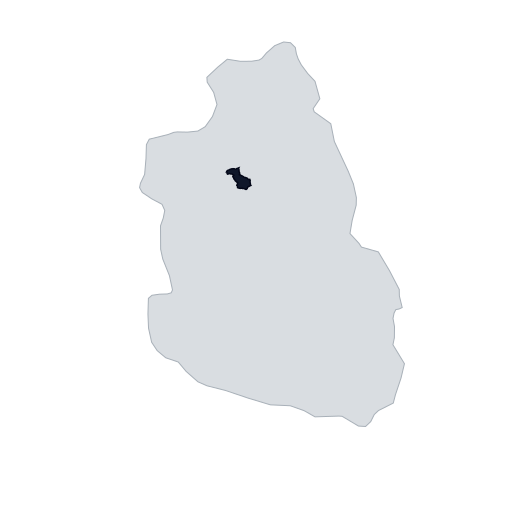 Jaray, Lhuntshi, Bhutan (highlighted), rotated 252°
{"feature_id": "84629894B50145764455889", "entity_name": "Jaray", "entity_type": "district", "adm_level": 2, "iso_a3": "BTN", "parent_name": "Bhutan", "parent_adm1": "Lhuntshi", "projection": "equal_earth", "projection_center": [91.09, 27.454], "detail": "fine", "context": "in_parent", "style": "filled", "palette": "ink", "viewbox_px": 512, "rotation_deg": 252, "n_neighbors": 0, "source": "geoboundaries", "source_scale": "gbopen_adm2", "svg_char_len": 4913}
<svg xmlns="http://www.w3.org/2000/svg" viewBox="0 0 512 512"><g transform="rotate(252 256 256)"><path d="M399.0,216.1L398.3,219.6L395.0,229.1L392.8,239.3L394.7,247.7L402.1,257.7L412.1,265.7L424.7,266.3L436.4,263.3L441.1,264.5L447.4,277.9L452.0,289.5L445.9,301.5L442.6,312.0L441.4,319.4L442.1,322.6L445.9,328.7L450.3,338.9L451.0,348.4L448.2,354.7L442.2,357.8L435.8,356.9L430.5,357.0L423.9,358.1L413.5,361.6L403.9,366.1L385.8,365.3L378.5,355.9L375.1,355.9L358.7,368.0L340.7,365.9L308.1,369.9L294.5,370.9L280.5,369.5L273.4,367.0L260.2,358.5L248.3,352.3L236.1,357.9L231.9,359.0L222.1,373.6L200.9,378.4L179.9,381.9L173.7,380.0L161.8,379.1L161.4,375.7L161.8,372.4L159.1,369.7L154.3,367.0L146.0,365.9L135.4,362.3L129.3,358.8L107.7,363.9L95.1,356.2L80.9,345.7L73.7,341.1L71.2,324.8L68.7,319.5L63.1,314.0L60.0,307.5L62.6,300.9L76.9,288.4L78.1,285.5L84.8,262.4L94.0,254.0L103.0,242.3L110.0,223.7L123.2,204.7L137.7,185.2L147.7,169.3L154.3,161.9L167.8,153.9L179.2,149.3L187.1,138.7L196.5,132.8L206.2,130.1L220.6,131.5L234.2,135.3L249.0,140.6L250.8,144.9L249.5,152.4L247.3,160.0L247.2,164.0L249.5,166.1L264.1,167.6L281.9,166.4L291.9,167.4L314.2,174.5L320.7,179.5L327.5,183.3L334.2,182.6L342.6,174.5L351.5,167.5L357.0,166.4L360.9,168.6L368.0,175.3L382.7,181.5L395.8,186.2L400.1,190.6L398.7,209.7L399.0,216.1Z" fill="#d9dde1" stroke="#a8b0b8" stroke-width="1"/><path d="M345.5,254.3L345.4,254.3L345.3,254.2L345.3,254.3L345.2,254.3L344.9,254.3L344.7,254.3L344.5,254.2L344.4,254.2L344.2,254.2L343.9,254.1L343.7,254.1L343.3,254.0L343.1,254.1L342.8,254.2L342.7,254.2L342.6,254.3L342.5,254.5L342.6,254.8L342.6,255.0L342.7,255.3L342.7,255.5L342.6,255.8L342.6,256.0L342.5,256.3L342.4,256.5L342.3,256.8L342.0,257.1L341.9,257.2L341.8,257.4L341.7,257.5L341.7,257.8L341.6,258.0L341.3,258.5L341.2,258.7L341.1,258.8L340.9,258.9L340.8,259.0L340.7,259.1L340.4,259.2L340.3,259.3L340.2,259.4L340.0,259.6L339.9,259.8L339.7,259.9L339.6,259.7L339.4,259.4L339.3,259.1L339.2,259.0L339.1,258.9L338.9,258.6L338.6,258.5L338.4,258.6L338.2,258.6L337.9,258.7L337.7,258.7L337.5,258.8L337.3,258.9L337.1,259.0L336.9,259.0L336.7,258.9L336.4,258.8L336.1,258.9L335.9,259.0L335.7,259.0L335.4,259.2L335.3,259.3L335.1,259.3L334.9,259.3L334.7,259.4L334.4,259.5L334.2,259.6L333.8,259.6L333.7,259.6L333.3,260.0L333.0,260.1L332.9,260.3L332.7,260.4L332.5,260.5L332.3,260.5L332.1,260.6L332.0,260.8L331.9,261.0L331.7,261.2L331.6,261.3L331.4,261.3L331.2,261.2L330.9,260.9L330.6,260.7L330.4,260.7L330.1,260.7L329.9,260.7L329.7,260.4L329.7,260.2L329.5,259.9L329.4,259.8L329.4,259.7L329.2,259.6L329.0,259.9L328.9,259.9L328.5,259.8L328.4,259.8L328.2,259.9L327.9,259.9L327.7,259.9L327.4,259.8L327.2,259.8L327.1,259.7L326.7,259.6L326.3,260.1L325.7,260.9L325.5,261.3L325.2,261.8L325.1,262.2L325.0,262.8L324.7,263.7L324.5,263.9L324.5,264.1L324.4,264.1L324.4,264.3L324.3,264.5L324.2,264.9L324.1,265.0L323.8,265.4L323.7,265.6L323.5,265.8L323.4,265.9L323.2,266.1L323.1,266.3L322.8,266.5L322.6,266.7L322.5,266.9L322.6,267.0L322.5,267.3L322.4,267.4L322.4,267.5L322.5,267.8L322.7,268.1L322.8,268.3L322.9,268.5L323.0,268.6L323.3,268.7L323.5,268.9L323.7,269.0L323.8,269.1L323.9,269.3L324.0,269.4L324.0,269.5L324.2,269.8L324.3,269.9L324.3,270.1L324.4,270.3L324.3,270.5L324.3,270.8L324.4,271.0L324.5,271.4L324.5,271.5L324.6,271.9L324.6,272.1L324.7,272.3L324.7,272.6L324.7,272.8L324.9,272.7L325.1,272.7L325.6,272.9L325.9,272.9L326.4,272.9L327.0,273.1L327.5,273.1L328.2,273.2L329.0,273.5L329.5,273.8L330.0,273.8L330.4,273.8L330.8,273.8L330.9,273.5L331.0,273.0L331.1,272.6L331.3,272.5L331.3,272.3L331.4,272.2L331.5,272.1L331.8,271.9L331.9,271.7L332.0,271.7L332.3,271.7L332.4,271.8L332.5,271.8L332.7,271.7L332.8,271.4L333.0,271.3L333.2,271.2L333.3,270.9L333.4,270.7L333.5,270.6L333.6,270.4L333.8,270.2L334.0,270.1L334.1,269.9L334.2,269.7L334.3,269.3L334.4,269.2L334.5,269.1L334.7,268.9L334.9,268.8L335.0,268.7L335.3,268.6L335.5,268.4L335.6,268.2L335.8,268.1L336.1,267.9L336.3,267.7L336.5,267.5L336.5,267.4L336.7,267.2L336.8,267.1L337.0,266.9L337.2,266.7L337.3,266.6L337.5,266.5L337.6,266.4L337.7,266.2L337.9,266.2L338.0,266.1L338.1,265.8L338.2,265.7L338.3,265.5L338.4,265.4L338.5,265.3L338.9,265.6L339.2,265.8L339.8,266.1L340.2,266.1L340.5,266.1L340.8,266.1L341.1,266.0L341.7,266.0L342.2,266.2L342.7,266.3L343.2,266.5L343.6,266.5L343.8,266.5L344.3,266.5L344.6,266.6L344.8,266.6L345.0,266.7L345.2,266.9L345.2,266.5L345.2,266.3L345.1,265.9L345.0,265.7L345.0,265.4L345.1,265.1L345.1,264.8L345.1,264.6L344.9,264.4L344.9,264.1L344.9,263.6L344.9,263.2L344.9,262.9L345.0,262.7L345.3,262.6L345.5,262.5L345.7,262.3L345.8,261.9L345.9,261.6L346.1,261.3L346.2,261.0L346.2,260.7L346.2,260.4L346.1,260.2L346.2,259.9L346.4,259.7L346.5,259.5L346.4,258.9L346.3,258.5L346.4,258.3L346.4,257.9L346.4,257.6L346.3,257.4L346.2,257.2L346.1,256.9L346.2,256.6L346.2,256.2L346.2,255.7L346.1,255.3L345.9,255.0L345.9,254.8L345.8,254.6L345.6,254.4L345.5,254.3Z" fill="#0f172a" stroke="#020617" stroke-width="1.5"/></g></svg>